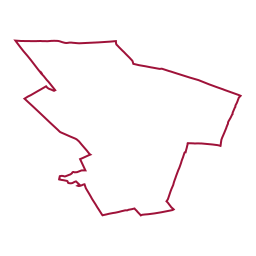 Carcea, Dolj, Romania
{"feature_id": "2599482B95578562182994", "entity_name": "Carcea", "entity_type": "district", "adm_level": 2, "iso_a3": "ROU", "parent_name": "Romania", "parent_adm1": "Dolj", "projection": "equal_earth", "projection_center": [23.897, 44.282], "detail": "fine", "context": "isolated", "style": "outline", "palette": "rose", "viewbox_px": 256, "rotation_deg": 0, "n_neighbors": 0, "source": "geoboundaries", "source_scale": "gbopen_adm2", "svg_char_len": 4277}
<svg xmlns="http://www.w3.org/2000/svg" viewBox="0 0 256 256"><path d="M240.6,95.8L240.4,95.7L239.3,95.3L239.2,95.2L237.3,94.5L232.8,92.9L232.3,92.7L231.7,92.5L231.1,92.3L230.1,91.9L229.7,91.8L229.2,91.6L228.9,91.5L226.1,90.5L225.5,90.3L225.0,90.1L224.5,89.9L224.1,89.8L223.5,89.5L216.1,86.9L210.4,84.8L209.5,84.5L198.5,80.1L189.9,77.6L178.5,74.0L176.9,73.5L170.4,71.4L169.2,71.1L164.3,69.5L163.1,69.1L161.8,68.7L159.6,68.9L152.5,67.6L151.2,67.4L145.6,66.3L139.1,65.2L133.6,63.9L133.4,63.9L133.1,63.1L132.8,62.0L132.5,61.1L132.3,60.7L130.9,59.2L129.5,57.7L127.3,55.5L126.0,54.2L123.9,52.0L122.5,50.7L121.9,50.1L119.9,48.1L119.2,47.4L117.8,45.9L117.0,45.1L116.5,44.6L116.3,44.1L116.1,43.8L116.1,43.3L116.0,42.9L115.9,41.1L110.5,41.6L98.2,42.4L81.1,43.2L79.1,43.3L76.5,43.1L74.3,42.9L73.0,42.8L71.4,42.6L70.7,42.6L70.2,42.6L69.2,42.6L68.3,42.8L67.4,42.9L66.4,43.0L65.2,42.9L64.3,42.7L62.4,42.2L60.6,41.6L59.7,41.3L58.4,41.0L57.3,40.9L54.3,40.8L51.2,40.9L47.7,41.2L42.0,41.1L40.5,41.0L36.8,41.1L30.4,41.1L21.1,41.0L15.4,40.6L17.4,43.3L20.5,47.4L23.4,51.1L27.6,56.0L30.9,60.1L38.1,69.5L40.2,72.1L40.6,71.9L41.7,73.3L41.3,73.6L43.7,76.1L46.8,80.0L48.5,81.8L49.7,83.3L55.2,90.2L54.0,90.8L52.5,90.2L51.3,89.6L50.0,89.2L48.6,88.6L47.3,87.7L46.1,86.3L40.8,89.4L37.6,91.2L30.7,95.2L28.0,96.5L25.1,98.3L24.5,98.7L25.2,99.3L28.3,102.2L33.1,106.6L41.5,114.5L49.8,122.4L57.9,129.9L59.2,131.2L60.1,132.0L61.1,132.5L65.0,134.2L70.2,136.5L75.0,138.5L76.2,139.1L76.7,139.4L78.2,140.7L79.0,141.4L81.4,144.3L83.2,146.4L87.0,150.8L88.0,152.1L89.1,153.5L90.0,154.4L90.3,154.6L88.4,155.4L82.3,158.2L80.1,159.1L85.4,170.4L84.9,170.4L82.3,170.4L81.7,170.4L81.3,170.5L78.0,171.8L76.9,172.2L76.5,172.2L75.0,172.3L74.6,172.3L74.2,172.2L73.9,172.1L73.6,172.0L73.1,172.0L72.7,172.2L72.3,172.5L71.9,173.3L71.1,173.9L70.2,174.5L69.5,174.7L66.5,175.9L65.1,176.4L64.6,176.4L64.1,176.3L63.1,176.0L62.2,175.9L61.4,175.9L60.7,176.0L59.8,176.2L59.2,178.8L59.5,178.8L59.4,179.5L59.9,179.6L60.6,179.7L61.4,179.9L62.2,180.0L62.7,180.1L63.5,180.2L65.4,180.6L67.0,180.9L67.3,181.1L67.6,181.4L67.8,182.0L67.9,182.4L68.0,182.7L68.2,182.9L68.4,183.0L68.7,183.1L69.4,183.2L70.3,183.3L70.8,183.3L71.7,183.2L72.5,183.0L74.3,182.0L75.6,181.5L76.0,181.4L78.0,183.3L79.4,184.6L77.6,185.7L77.9,185.8L78.3,185.9L78.6,186.0L78.9,186.0L79.0,186.0L79.8,185.9L80.5,185.7L81.7,185.3L83.0,184.7L83.9,184.4L84.5,184.3L85.4,186.9L85.8,188.1L86.6,189.5L87.8,191.5L89.0,193.5L90.8,196.6L92.0,198.8L93.0,200.4L94.1,202.1L95.7,204.6L96.7,206.3L97.3,207.3L98.3,208.8L101.3,213.5L102.1,214.8L102.6,215.3L103.2,215.1L106.5,214.4L108.9,213.8L113.1,213.0L115.2,212.7L117.6,212.2L118.9,211.9L121.5,211.2L123.7,210.7L125.3,210.3L127.4,210.3L128.4,209.8L131.7,209.2L134.5,208.5L135.1,209.3L136.5,210.6L137.3,211.6L138.6,213.0L139.7,214.1L140.4,214.9L140.8,215.4L142.1,214.8L144.7,214.5L148.4,214.2L154.6,213.4L161.2,212.3L165.8,211.4L170.9,210.4L172.3,210.1L173.2,209.7L173.7,209.4L173.2,208.9L172.1,208.0L171.0,206.9L170.3,205.9L169.2,204.5L168.1,203.0L167.1,201.9L166.5,201.3L166.8,200.9L167.0,200.5L167.2,200.3L167.5,199.9L167.6,199.7L167.8,199.4L168.2,198.4L169.1,195.7L170.5,191.5L171.4,189.1L173.2,185.0L173.9,182.3L174.9,179.4L175.3,178.4L175.9,176.6L176.4,175.2L177.0,173.6L178.3,170.1L179.3,167.9L179.7,166.8L179.8,166.5L180.1,165.7L181.0,163.1L181.1,162.8L181.6,161.0L182.1,159.6L182.4,158.8L182.6,158.3L183.0,157.3L183.7,155.1L184.5,152.7L184.8,152.3L185.0,152.3L185.6,152.3L186.1,150.1L186.7,148.0L187.2,145.8L187.6,144.4L187.7,144.1L187.7,143.8L187.7,143.6L187.6,143.4L187.7,143.2L191.7,143.3L192.7,143.3L194.8,143.5L197.0,143.4L198.2,143.4L201.8,143.5L207.2,144.0L212.6,144.5L215.7,144.9L217.4,145.1L218.8,145.4L219.8,145.7L220.5,145.9L220.6,145.5L221.0,142.3L221.2,141.1L221.4,139.7L221.8,138.7L222.1,137.8L222.9,136.0L223.5,134.6L224.2,133.0L225.3,130.3L226.3,127.9L226.5,127.1L226.9,126.2L227.3,125.1L227.9,123.9L228.0,123.3L228.0,122.6L228.3,121.7L228.7,121.0L230.6,117.7L232.1,114.6L232.5,114.3L232.6,113.9L232.5,113.4L232.8,112.3L233.8,110.0L234.6,108.1L234.9,107.5L235.3,107.0L235.4,106.7L235.3,106.2L235.4,105.8L235.5,105.5L235.7,105.0L236.0,104.4L236.6,103.4L236.8,102.9L237.0,102.5L237.1,102.2L237.6,101.0L238.0,99.8L238.6,98.3L238.8,97.7L239.3,97.1L240.3,96.2L240.6,95.8Z" fill="none" stroke="#9f1239" stroke-width="2"/></svg>